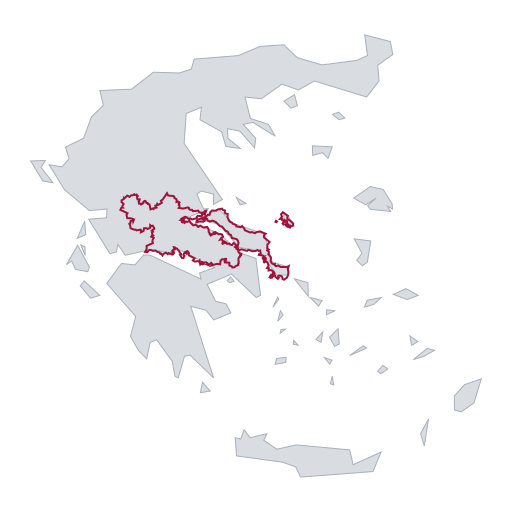 Stereas Elladas, Stereá Elláda, Greece (highlighted)
{"feature_id": "26713481B15414951167649", "entity_name": "Stereas Elladas", "entity_type": "district", "adm_level": 2, "iso_a3": "GRC", "parent_name": "Greece", "parent_adm1": "Stereá Elláda", "projection": "natural_earth1", "projection_center": [23.323, 38.611], "detail": "fine", "context": "in_parent", "style": "outline", "palette": "rose", "viewbox_px": 512, "rotation_deg": 0, "n_neighbors": 0, "source": "geoboundaries", "source_scale": "gbopen_adm2", "svg_char_len": 9770}
<svg xmlns="http://www.w3.org/2000/svg" viewBox="0 0 512 512"><path d="M364.7,34.9L390.4,41.6L392.8,54.6L377.7,65.2L379.1,80.9L366.6,97.0L314.4,81.0L298.3,90.0L281.9,84.1L261.5,98.7L245.0,97.1L250.4,118.5L268.4,124.4L275.2,136.2L252.8,122.4L243.2,124.3L255.7,138.3L254.6,148.0L239.9,131.2L227.5,128.6L227.9,138.3L240.4,148.5L225.9,146.5L221.6,131.7L200.0,119.8L201.4,107.3L186.2,113.5L184.1,143.4L222.4,199.6L213.4,204.4L213.7,194.2L201.2,191.0L196.9,194.1L199.3,199.9L203.5,209.0L208.8,208.5L182.7,219.7L218.5,233.1L241.1,253.3L255.9,258.4L260.6,295.3L256.2,297.5L231.5,274.1L207.1,284.3L215.6,301.2L226.0,303.8L230.9,312.9L213.7,319.9L206.0,310.2L190.7,306.3L213.6,377.9L190.2,355.2L184.5,356.2L178.2,377.9L174.9,376.1L172.2,361.2L156.7,339.8L150.1,342.4L146.7,358.9L138.6,350.7L130.5,336.4L135.7,316.4L106.8,283.4L121.5,263.5L134.9,264.9L143.7,254.9L150.4,255.3L201.0,279.1L199.6,273.0L214.8,267.6L175.0,247.7L169.6,253.0L151.1,249.4L125.2,255.3L117.9,244.5L116.4,251.9L110.0,253.7L88.6,219.2L106.6,217.8L107.0,209.1L89.3,210.5L64.5,189.7L49.1,164.7L62.0,166.8L69.1,158.7L65.5,147.1L83.6,138.2L91.5,116.8L103.3,105.3L99.9,90.5L131.6,89.2L153.3,72.2L179.2,73.0L191.2,69.1L194.3,59.1L238.3,55.6L260.0,46.4L283.9,44.8L297.2,57.6L321.9,64.9L356.6,60.4L367.5,55.6L364.7,34.9ZM250.2,437.7L266.8,433.7L263.8,440.3L276.8,449.2L296.2,444.9L349.7,449.9L353.1,464.7L381.0,452.1L373.0,471.5L300.6,477.1L295.7,466.9L282.7,462.2L236.5,455.9L235.2,437.7L240.7,439.1L244.1,429.8L250.2,437.7ZM218.8,209.0L232.7,223.2L264.2,234.0L272.1,261.9L287.2,266.7L288.0,275.0L276.5,275.1L259.7,250.8L239.3,247.4L218.4,224.0L198.5,219.5L218.8,209.0ZM383.2,189.5L392.1,203.9L392.5,209.0L387.5,206.1L390.6,211.4L370.4,209.3L367.6,205.7L376.1,198.1L365.7,204.8L353.7,198.0L370.4,186.6L383.2,189.5ZM461.2,411.8L454.5,410.0L454.3,396.0L464.6,384.6L481.3,378.8L474.0,402.9L461.2,411.8ZM367.4,262.1L362.4,265.8L356.8,260.4L361.9,253.2L354.2,238.8L370.7,241.0L367.4,262.1ZM77.7,245.3L89.3,267.0L87.8,271.7L75.4,269.4L71.7,261.0L66.4,264.6L77.7,245.3ZM52.9,182.8L42.8,180.9L30.7,161.0L45.3,160.5L41.1,167.4L52.9,182.8ZM332.2,146.9L328.0,158.3L322.4,152.7L312.7,155.4L312.4,145.8L332.2,146.9ZM406.0,288.7L418.2,295.3L407.2,299.6L393.3,294.4L406.0,288.7ZM297.4,105.7L290.8,108.1L284.1,101.1L294.5,94.6L297.4,105.7ZM84.1,280.9L99.8,295.4L90.6,298.2L80.2,285.8L84.1,280.9ZM339.2,343.9L334.6,346.3L329.5,337.1L338.1,328.9L339.2,343.9ZM307.9,282.6L308.3,296.4L294.4,278.8L307.9,282.6ZM428.5,419.0L424.3,445.9L420.6,433.6L428.5,419.0ZM85.7,234.6L77.3,238.3L84.7,221.2L85.7,234.6ZM210.2,391.1L200.4,392.7L202.5,382.1L210.2,391.1ZM413.4,359.6L427.2,348.4L434.5,350.3L424.0,356.3L413.4,359.6ZM364.4,307.1L367.3,300.2L381.2,297.6L373.6,304.5L364.4,307.1ZM322.8,332.0L321.0,342.3L316.0,339.4L322.8,332.0ZM322.1,300.5L318.5,306.1L310.1,297.5L322.1,300.5ZM292.8,223.5L285.8,224.8L282.9,212.3L287.0,214.8L292.8,223.5ZM344.8,118.0L339.0,119.7L332.5,114.4L338.7,112.2L344.8,118.0ZM286.1,357.2L285.8,362.4L275.1,364.3L276.7,358.5L286.1,357.2ZM366.6,348.1L349.7,355.5L363.2,345.8L366.6,348.1ZM278.8,299.3L272.9,307.2L277.6,297.1L278.8,299.3ZM334.7,310.9L326.5,314.7L326.7,309.7L334.7,310.9ZM387.7,368.9L380.9,373.7L377.7,371.4L382.9,365.4L387.7,368.9ZM417.9,341.6L411.6,345.3L409.9,336.0L417.9,341.6ZM283.1,315.0L277.7,321.2L280.4,310.6L283.1,315.0ZM84.9,246.8L85.2,255.5L80.8,244.9L84.9,246.8ZM332.0,360.2L329.8,364.1L324.3,357.5L332.0,360.2ZM246.0,203.5L240.1,204.8L236.3,197.4L246.0,203.5ZM234.1,281.2L229.7,282.7L227.2,280.8L230.6,276.9L234.1,281.2ZM285.6,329.1L280.2,333.1L281.0,329.5L285.6,329.1ZM332.2,376.2L333.7,384.9L330.3,383.7L332.2,376.2ZM298.0,345.1L293.5,344.4L293.7,340.3L298.0,345.1Z" fill="#d9dde1" stroke="#a8b0b8" stroke-width="1"/><path d="M121.6,200.3L121.5,202.0L123.6,204.1L122.4,206.1L122.3,207.1L122.8,207.6L121.4,207.7L120.4,209.9L127.5,213.2L126.5,214.9L127.3,218.2L130.8,218.3L134.0,219.4L133.2,221.4L133.1,220.8L130.7,220.9L130.3,222.0L130.5,222.9L129.3,223.9L130.2,225.2L130.5,228.2L134.2,229.7L135.6,229.6L136.5,230.4L140.5,229.6L141.1,230.4L140.9,232.2L143.5,231.0L144.1,228.2L146.5,228.2L147.7,229.0L150.1,227.8L150.2,225.1L151.5,226.1L152.7,225.7L154.2,228.0L154.3,228.9L152.5,229.9L152.7,230.9L152.0,231.1L152.9,231.9L152.0,232.6L152.2,234.1L153.2,235.5L151.8,235.8L151.2,236.7L153.7,237.9L152.6,240.0L152.4,241.5L152.9,243.1L146.6,245.9L146.7,249.2L145.1,251.9L147.4,252.1L149.3,250.0L150.5,249.9L153.1,250.9L155.5,250.5L157.2,251.8L159.5,252.4L160.3,253.8L161.1,253.5L162.5,255.4L163.0,254.2L165.9,252.6L167.8,254.2L168.6,253.1L169.8,253.8L171.6,253.5L171.6,254.3L172.7,254.6L173.6,253.5L173.0,252.7L173.9,252.6L173.7,251.5L172.4,250.8L173.5,249.6L174.7,249.4L173.9,247.2L174.7,247.3L174.8,248.1L175.5,248.4L176.7,248.4L179.3,251.4L179.7,252.7L181.0,253.8L181.1,254.4L180.0,254.9L181.9,257.9L183.5,258.0L184.4,255.7L183.5,255.0L183.9,253.6L185.2,252.5L186.2,253.5L186.8,252.3L185.8,251.8L187.3,251.1L188.7,252.5L188.9,253.5L188.3,254.1L189.1,255.5L194.6,258.3L192.8,260.5L195.0,261.6L197.9,261.1L199.0,261.8L199.6,260.8L200.3,264.4L200.8,263.8L202.4,264.4L203.6,264.0L202.3,262.7L201.1,263.2L201.7,262.0L203.1,262.5L206.5,262.4L207.9,263.7L206.8,264.4L208.7,265.2L211.1,262.8L212.7,264.4L211.8,265.3L216.8,263.9L220.2,264.3L220.5,260.7L222.2,259.2L224.1,259.4L225.3,258.8L226.0,258.9L225.9,259.7L225.7,260.9L224.6,261.4L224.8,262.4L229.3,262.7L229.4,265.6L231.8,266.3L232.3,267.5L234.4,267.3L235.6,266.1L238.3,265.0L238.0,264.1L238.7,263.2L238.4,262.6L238.8,261.6L238.4,260.6L238.5,258.5L239.2,257.0L240.1,256.7L240.0,255.4L241.1,255.2L241.4,254.1L239.1,252.8L238.3,251.7L238.2,249.6L236.5,249.0L236.5,247.5L235.1,247.1L235.4,246.1L236.1,246.1L236.1,245.2L234.1,243.2L233.5,243.0L232.1,245.0L230.2,244.6L229.5,243.7L226.8,243.8L226.4,243.0L224.5,243.0L222.6,243.8L222.4,243.3L223.0,242.4L225.0,241.9L223.8,241.2L222.8,241.5L221.8,239.1L220.2,239.6L221.3,237.9L223.1,236.8L222.1,234.6L220.2,233.9L218.6,234.3L215.1,232.0L214.0,232.4L215.3,233.4L215.2,233.9L212.8,234.1L210.9,235.5L210.6,235.0L211.7,234.2L210.6,234.0L210.9,234.7L210.4,234.9L209.7,234.4L209.7,233.6L210.2,234.2L210.4,234.2L208.7,232.0L208.6,229.1L207.1,226.9L203.6,227.6L200.2,225.6L198.3,227.0L196.1,224.9L193.1,225.3L190.0,222.1L189.5,220.6L187.4,221.9L186.0,221.6L184.7,222.7L184.1,221.3L183.7,222.4L183.1,222.5L182.8,221.6L182.0,221.9L181.9,221.3L183.3,219.7L181.1,220.4L180.6,220.2L182.2,219.3L181.6,218.7L184.9,216.8L186.8,217.3L188.1,218.7L189.3,219.0L190.1,218.3L192.2,219.5L196.5,218.2L196.9,217.8L196.8,216.8L197.8,215.8L200.7,216.2L202.1,215.7L202.0,214.6L203.9,214.1L204.8,214.7L206.2,210.8L205.2,211.0L203.5,212.6L201.7,213.0L199.2,212.3L198.3,210.7L192.8,211.1L192.0,209.8L190.0,209.8L188.9,208.8L188.9,207.9L187.8,207.4L183.1,208.6L178.8,207.9L179.4,207.1L179.4,205.0L178.8,204.8L179.1,204.1L178.7,203.6L179.5,202.4L178.1,201.6L176.5,202.0L176.7,200.1L176.1,198.9L174.4,198.1L174.3,196.8L173.6,196.1L168.1,195.5L167.0,193.2L162.6,199.7L160.9,200.8L161.8,202.8L158.0,205.0L157.2,203.9L156.6,205.4L155.3,205.7L155.7,207.1L156.3,207.6L154.1,208.1L153.5,209.1L152.5,208.5L150.5,209.4L149.5,204.4L147.9,204.0L147.6,203.0L146.5,203.0L145.6,201.1L144.5,200.9L143.3,202.0L143.6,202.7L143.1,203.3L141.1,204.4L140.9,203.6L139.0,203.6L138.6,201.3L139.2,201.1L139.7,199.4L137.4,199.2L136.9,196.7L137.7,196.1L137.1,195.8L136.7,194.6L134.6,195.0L134.1,194.3L132.7,195.3L131.0,195.4L129.5,196.9L127.3,195.6L125.0,197.8L124.1,197.6L124.3,198.6L121.6,200.3ZM222.0,208.6L217.4,209.6L215.9,210.7L212.0,210.5L210.2,212.2L209.5,214.9L207.9,214.7L205.7,216.9L197.5,219.7L196.6,220.9L196.4,222.4L199.3,221.5L203.2,221.7L204.4,221.0L204.9,220.3L204.5,219.5L202.6,219.0L203.4,218.2L207.0,218.7L207.4,220.2L209.6,221.5L212.3,220.6L215.5,221.8L220.0,226.2L222.1,226.6L225.4,230.7L227.8,231.7L228.7,233.9L231.0,235.1L232.0,238.0L236.7,239.1L238.0,240.9L238.5,242.9L237.9,245.3L236.4,245.7L236.0,246.9L237.7,247.1L237.8,248.3L239.1,250.2L241.5,249.3L247.1,250.9L248.2,249.9L249.3,250.0L252.3,251.2L255.5,251.0L257.5,250.0L258.5,250.9L260.2,250.5L260.7,254.0L259.0,254.3L258.8,254.9L263.3,255.7L263.3,256.7L264.0,256.6L262.6,258.0L263.6,259.8L264.9,257.9L265.7,258.1L265.9,258.9L263.8,261.9L264.2,262.4L266.0,261.4L267.4,262.3L268.6,265.8L267.1,268.1L268.8,268.2L268.6,270.5L270.6,270.0L272.5,270.8L272.7,271.9L273.7,271.8L274.5,273.3L273.6,274.2L274.0,275.2L275.1,275.5L275.3,276.8L277.8,278.9L278.8,277.7L277.9,277.3L278.3,275.9L279.4,275.5L281.6,276.2L282.4,277.5L282.5,279.0L283.9,279.7L286.9,277.7L288.2,274.8L288.5,272.0L287.8,269.3L288.7,266.1L286.7,267.1L280.4,266.9L278.2,265.5L276.0,266.2L274.8,265.3L274.9,264.1L274.0,264.4L271.9,263.4L270.6,261.2L271.0,257.5L268.3,254.2L268.9,253.5L268.7,251.5L267.1,250.5L267.4,249.7L268.5,249.4L267.2,248.3L267.4,244.7L269.6,242.0L264.0,237.4L264.0,235.3L265.7,233.8L260.0,231.4L256.5,232.1L255.0,233.2L251.9,232.1L250.2,232.5L244.7,230.2L244.5,228.9L242.1,226.1L240.9,227.2L236.3,226.4L236.1,225.1L232.5,223.6L232.2,222.7L230.1,221.9L228.9,220.6L227.5,217.2L227.7,214.0L225.2,213.3L224.7,212.1L225.0,210.5L223.0,210.0L222.0,208.6ZM287.3,219.3L287.4,216.9L287.9,215.9L282.9,212.3L281.0,214.3L282.0,216.5L280.1,218.9L281.5,218.8L281.9,219.7L282.5,219.2L283.0,220.5L284.2,220.3L284.0,221.3L285.4,220.8L285.9,221.8L286.6,221.2L287.2,221.5L287.2,223.6L285.3,224.8L287.0,226.5L287.4,226.6L287.3,225.2L288.5,224.7L290.0,226.4L290.6,225.7L291.6,226.2L293.2,225.6L292.9,225.0L293.2,223.6L292.3,222.5L288.7,219.6L287.3,219.3ZM272.3,277.5L272.5,276.2L271.1,274.8L269.6,277.3L270.6,277.9L272.3,277.5ZM283.2,224.2L284.0,222.5L284.0,221.5L282.6,223.5L283.2,224.2ZM276.3,222.2L277.0,221.5L276.0,220.8L275.5,221.9L276.3,222.2ZM272.7,273.9L272.2,275.1L273.1,275.6L273.2,274.1L272.7,273.9ZM290.4,226.9L289.1,226.4L288.6,227.1L290.1,227.5L290.4,226.9Z" fill="none" stroke="#9f1239" stroke-width="2"/></svg>